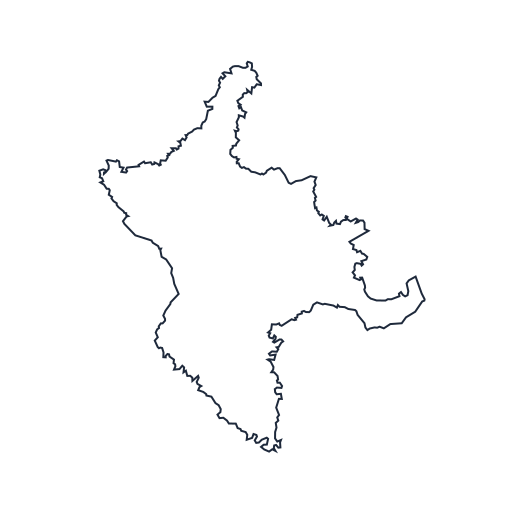 Júlio de Castilhos, Rio Grande do Sul, Brazil (orthographic projection), rotated 286°
{"feature_id": "56859067B79484358238114", "entity_name": "Júlio de Castilhos", "entity_type": "district", "adm_level": 2, "iso_a3": "BRA", "parent_name": "Brazil", "parent_adm1": "Rio Grande do Sul", "projection": "orthographic", "projection_center": [-53.633, -29.282], "detail": "fine", "context": "isolated", "style": "outline", "palette": "slate", "viewbox_px": 512, "rotation_deg": 286, "n_neighbors": 0, "source": "geoboundaries", "source_scale": "gbopen_adm2", "svg_char_len": 6088}
<svg xmlns="http://www.w3.org/2000/svg" viewBox="0 0 512 512"><g transform="rotate(286 256 256)"><path d="M295.8,88.8L297.0,87.5L297.2,85.2L294.8,81.9L291.4,83.9L288.6,84.1L288.3,86.6L285.7,88.6L283.8,86.1L282.6,90.3L279.5,93.9L280.0,96.0L278.9,97.3L274.3,97.6L273.1,101.4L271.5,101.2L269.4,104.0L268.3,107.6L266.7,108.0L265.1,110.2L262.4,116.5L261.2,117.5L261.4,119.4L259.8,119.8L259.1,122.1L258.3,120.7L252.8,118.5L250.6,120.6L242.6,134.3L242.1,151.3L240.3,153.1L238.6,159.2L236.3,161.0L236.9,162.7L235.3,162.4L229.2,165.5L227.9,170.6L221.1,178.7L216.2,179.2L212.1,182.4L206.7,185.1L198.2,192.1L187.9,186.7L186.2,186.9L178.6,184.1L173.2,183.3L170.5,185.9L168.8,186.4L165.5,184.8L165.0,183.1L161.6,181.9L160.0,182.6L158.2,181.2L154.8,180.7L150.8,184.0L146.8,182.0L141.4,186.6L140.6,188.1L141.6,189.3L141.7,191.1L137.8,193.7L133.2,194.8L133.7,197.1L135.0,196.7L137.4,197.9L137.5,199.5L135.5,200.6L133.8,205.7L130.2,206.3L129.6,208.1L127.8,208.9L124.2,208.5L126.2,213.6L130.2,215.4L129.1,217.6L124.2,218.4L126.4,220.2L121.8,223.0L122.7,225.8L121.5,228.3L118.4,229.3L124.8,233.4L123.2,234.5L118.6,233.7L116.9,235.0L115.9,239.2L114.4,237.8L111.1,237.4L110.8,242.8L109.5,246.2L108.2,246.8L108.5,251.9L103.4,257.6L102.3,261.2L99.1,264.3L96.1,264.8L92.9,262.7L90.1,265.6L91.5,269.2L89.8,273.5L87.5,276.1L89.3,282.8L85.5,285.8L85.4,288.8L83.9,290.0L83.9,294.6L81.7,296.9L76.8,297.7L80.1,302.4L84.2,302.7L84.1,305.7L82.7,306.7L78.4,305.6L76.4,307.7L77.5,310.2L81.0,312.2L84.3,316.4L83.6,318.0L77.7,318.4L76.7,315.4L73.9,313.5L72.3,317.2L71.6,322.5L74.7,324.9L74.0,328.4L76.2,326.1L78.9,325.7L79.9,327.4L77.9,330.3L78.7,332.2L83.5,330.5L86.0,330.7L83.5,327.6L85.9,324.6L92.1,322.9L96.7,323.0L101.0,321.0L103.9,322.8L106.7,320.9L109.5,322.0L115.8,317.2L125.0,317.4L125.7,320.2L130.4,317.9L128.8,314.0L130.3,312.0L133.2,310.8L135.3,312.4L136.2,316.8L138.2,316.9L140.8,313.8L140.1,311.6L142.1,310.4L143.3,311.3L146.6,309.8L149.2,305.5L148.5,302.8L151.5,303.8L154.1,303.4L158.5,299.2L159.6,295.7L160.4,297.0L161.1,302.1L166.6,302.0L164.3,297.0L165.6,295.4L168.7,297.7L169.7,302.4L172.6,303.1L173.9,301.0L174.9,302.9L179.6,304.2L181.4,305.6L182.7,303.5L182.3,301.7L177.8,297.5L178.2,296.0L181.7,297.6L183.8,297.3L184.7,295.5L181.4,294.9L181.3,291.5L182.9,290.2L185.7,290.9L185.8,288.7L189.3,290.9L194.7,290.1L195.7,294.3L197.6,296.8L196.3,297.8L196.0,299.9L205.0,307.7L204.9,310.6L205.8,312.0L207.3,310.7L208.4,312.5L210.9,312.1L213.4,315.9L215.1,315.3L216.4,317.3L215.9,319.4L216.7,322.6L218.6,323.7L225.0,324.5L228.2,327.4L227.9,333.6L229.0,335.3L229.7,344.1L228.7,348.0L231.4,348.2L230.2,350.3L231.3,355.4L230.5,359.3L231.4,366.1L230.6,367.7L227.4,369.9L221.3,378.8L217.4,380.9L215.5,383.5L217.6,385.3L220.0,389.6L220.5,392.3L222.1,394.3L221.7,398.8L227.6,403.9L231.5,414.6L238.4,417.1L246.3,424.4L258.1,428.3L259.5,430.1L260.9,430.0L265.6,425.6L280.2,415.1L274.7,409.6L271.2,408.3L264.2,412.1L260.1,412.5L258.3,410.5L259.1,407.9L261.3,405.3L259.2,403.8L256.9,405.0L251.7,398.0L250.8,394.6L248.9,392.8L246.5,384.2L246.7,377.9L248.1,374.7L251.8,370.5L253.7,369.3L255.6,369.6L257.7,368.8L264.5,364.0L263.9,362.2L262.4,363.3L261.4,362.2L262.2,356.1L264.7,356.5L266.9,353.4L269.8,354.8L272.6,353.6L276.0,353.6L276.9,354.8L277.3,358.8L275.9,360.2L277.5,361.2L280.1,358.7L283.0,363.0L285.8,363.2L287.7,358.9L287.5,357.3L289.7,354.9L287.5,352.1L289.4,350.9L289.4,347.3L293.5,346.9L294.1,343.7L295.4,341.9L311.2,357.2L311.8,353.0L317.9,351.1L319.6,349.1L318.8,346.1L316.8,344.9L315.4,342.8L319.0,343.7L319.6,341.8L315.3,337.5L316.8,332.9L315.4,332.5L314.6,330.0L312.4,328.2L309.8,327.9L309.3,324.4L311.8,323.2L309.7,322.0L307.1,321.8L305.5,318.7L306.8,319.4L308.0,317.2L313.2,313.2L308.9,311.7L309.5,309.9L313.3,310.1L314.0,307.8L312.7,306.5L314.4,304.0L315.8,304.2L316.6,302.0L319.3,300.7L318.3,299.6L321.4,298.1L323.9,297.0L325.7,298.0L328.1,296.6L329.4,297.5L333.8,293.2L335.8,293.8L337.1,292.7L340.7,293.8L343.6,291.7L348.2,292.3L347.8,286.4L341.4,279.0L339.0,273.7L335.0,269.8L335.4,267.2L341.8,261.4L346.9,254.6L346.4,252.6L344.0,249.5L345.2,246.7L340.9,242.9L338.9,242.7L336.4,240.6L336.9,239.0L335.6,237.8L336.2,232.1L335.7,228.2L337.7,224.6L337.2,222.3L338.1,219.9L336.8,218.1L337.6,216.0L340.4,213.8L339.8,212.0L341.2,211.5L344.3,212.8L344.1,210.6L345.8,209.9L344.7,207.7L345.4,205.3L347.0,203.1L351.0,202.2L353.6,203.9L355.4,203.2L356.7,206.3L358.5,206.1L362.6,207.9L364.5,203.9L368.9,202.7L370.6,201.2L370.6,203.0L371.6,204.4L373.0,204.3L374.3,202.2L376.4,202.4L379.4,200.4L384.6,201.3L386.5,200.7L386.5,205.2L385.8,206.8L389.5,206.3L391.4,207.0L392.1,202.6L395.1,200.4L393.4,199.2L395.3,197.8L397.2,199.4L398.1,196.8L400.1,195.3L405.4,199.5L407.5,198.8L409.3,199.8L409.8,201.7L411.2,202.8L413.3,201.7L411.0,206.7L417.2,205.7L417.4,208.0L421.3,209.4L421.7,213.7L423.3,213.2L426.1,208.0L428.2,206.9L429.7,207.9L432.3,205.7L433.6,203.7L433.7,200.1L436.7,200.1L440.0,198.9L440.4,196.7L440.4,194.6L438.7,194.0L435.9,195.8L434.0,194.0L433.3,191.6L433.7,187.0L432.7,183.4L431.7,181.6L428.7,179.5L424.8,182.1L423.9,174.9L422.4,173.5L420.3,177.0L417.1,175.2L418.5,173.0L416.3,172.1L414.3,172.1L412.7,173.7L409.8,173.2L408.2,174.7L406.0,173.8L398.7,173.0L396.2,170.6L391.0,167.8L390.2,164.1L386.0,167.5L387.5,172.9L385.3,173.5L382.4,169.7L373.8,170.4L371.1,169.6L369.7,168.0L366.2,167.5L363.6,168.3L362.7,164.4L360.4,161.5L358.0,160.3L354.9,157.0L353.4,156.6L352.8,155.0L350.9,156.6L347.8,155.8L348.6,152.9L345.6,151.7L344.8,149.9L343.9,152.1L341.3,153.4L340.1,151.3L337.9,151.9L336.5,150.5L337.5,149.3L336.3,145.2L334.4,148.0L332.6,145.9L330.6,145.2L330.0,143.3L328.9,144.6L327.7,143.1L326.3,144.0L322.7,142.9L321.7,138.1L318.6,138.3L317.5,139.3L316.3,138.0L317.3,136.6L318.0,132.6L316.4,132.8L315.3,131.0L317.1,129.0L314.6,123.8L315.9,122.3L311.2,118.0L310.0,118.9L305.5,107.7L303.2,107.2L302.1,108.7L300.4,108.1L299.8,103.4L304.4,104.3L304.0,100.5L309.2,98.3L309.7,95.9L308.1,95.3L307.5,87.2L306.5,86.0L302.4,89.5L299.2,90.3L295.8,88.8ZM295.8,88.8L293.1,87.2L294.4,86.9L295.8,88.8ZM316.8,332.9L318.9,333.2L319.1,331.4L317.6,331.3L316.8,332.9Z" fill="none" stroke="#1e293b" stroke-width="2"/></g></svg>